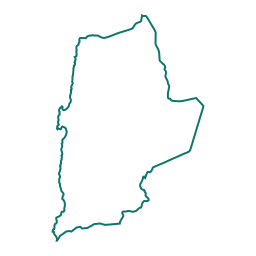 outline of Antofagasta
{"feature_id": "CHL-2695", "entity_name": "Antofagasta", "entity_type": "Region", "adm_level": 1, "iso_a3": "CHL", "parent_name": "Chile", "parent_adm1": "", "projection": "mercator", "projection_center": [-69.6, -23.478], "detail": "fine", "context": "isolated", "style": "outline", "palette": "teal", "viewbox_px": 256, "rotation_deg": 0, "n_neighbors": 0, "source": "natural_earth", "source_scale": "10m", "svg_char_len": 5241}
<svg xmlns="http://www.w3.org/2000/svg" viewBox="0 0 256 256"><path d="M142.0,15.4L142.9,15.9L143.4,16.0L145.1,15.9L146.0,16.1L146.7,16.8L155.1,30.8L155.7,32.8L155.5,43.3L155.8,44.8L158.3,49.5L159.2,52.8L159.6,60.0L159.8,60.6L160.2,61.2L161.1,62.0L163.1,64.0L163.9,64.5L164.6,65.5L165.1,66.5L165.2,67.5L165.1,67.9L164.6,68.6L164.5,69.0L164.6,69.5L165.7,71.1L166.1,72.2L166.1,73.0L165.4,75.7L165.5,76.6L165.7,77.5L167.3,80.4L167.6,81.3L168.0,83.5L169.2,86.0L169.2,86.8L167.9,93.3L167.9,96.7L168.1,97.9L168.5,98.5L170.1,98.8L170.3,98.8L171.1,100.2L171.5,100.5L172.8,100.9L179.0,101.3L181.8,101.1L183.3,100.8L196.1,98.0L203.4,105.9L203.2,107.2L202.5,109.6L199.6,119.0L196.8,128.3L194.0,137.7L193.8,138.2L192.5,142.6L191.1,147.1L190.2,150.0L189.3,151.3L187.3,152.5L185.7,153.1L185.3,153.2L184.5,153.5L183.7,153.9L183.3,154.0L178.3,156.3L173.2,158.5L168.2,160.8L163.1,163.1L161.1,163.9L159.0,164.8L157.0,165.7L155.0,166.5L153.6,167.1L152.9,167.6L152.7,167.9L152.3,169.2L150.8,171.6L150.3,172.1L149.5,172.2L148.8,171.9L148.1,171.8L147.4,172.2L145.8,175.7L145.5,177.1L145.2,178.0L144.8,177.7L144.0,176.6L143.4,176.7L143.1,177.2L142.9,177.8L142.9,178.5L142.4,180.0L140.3,184.2L140.1,185.2L140.1,186.0L141.0,188.3L141.2,188.6L141.6,189.0L142.6,189.6L142.9,189.8L143.7,189.8L144.1,190.0L144.4,190.4L144.7,191.0L144.5,191.5L144.7,191.9L145.1,192.2L145.3,192.4L145.5,192.8L145.7,193.0L145.8,193.3L145.7,193.8L145.5,195.4L146.5,196.8L147.8,198.0L148.6,199.1L148.7,200.0L148.2,200.6L147.3,201.0L146.5,201.1L145.6,201.1L144.9,201.0L144.3,201.0L143.5,201.5L143.4,201.6L142.6,202.7L141.1,207.5L140.2,207.7L139.5,208.0L138.6,208.6L136.5,210.6L135.6,211.1L134.5,211.5L133.0,211.7L131.7,211.6L129.7,211.1L128.8,211.0L127.7,211.1L125.9,211.5L123.0,211.6L122.8,211.7L122.5,212.0L122.3,212.5L122.3,213.1L122.4,213.6L122.6,214.0L123.0,214.5L123.2,215.0L123.3,215.5L123.3,216.0L123.1,216.5L122.1,218.1L120.5,221.0L120.2,221.7L119.9,222.5L119.8,223.6L105.2,224.9L100.0,223.5L94.2,224.1L91.9,225.5L87.3,228.0L82.0,228.5L80.3,226.8L76.6,227.5L71.5,231.5L69.5,231.1L66.4,231.4L60.2,235.8L57.2,240.5L56.8,240.6L57.0,239.8L56.8,238.2L56.3,236.8L55.6,235.8L54.3,234.2L54.0,233.4L53.9,232.2L53.8,231.9L52.9,231.7L52.6,231.7L52.8,230.5L53.2,229.4L54.2,229.2L54.5,227.7L54.4,226.5L54.5,225.5L54.7,224.4L55.3,223.8L56.2,223.5L56.8,222.5L56.7,220.5L56.6,220.1L56.2,219.2L56.2,218.7L56.2,218.2L56.3,217.8L57.3,217.1L57.5,217.0L58.1,216.9L58.8,216.6L60.2,215.6L60.7,215.4L61.0,214.9L61.4,212.5L61.7,211.8L63.2,211.8L63.7,211.6L64.0,211.2L64.1,210.7L64.3,210.4L64.5,209.9L64.4,209.4L64.2,208.7L64.3,208.2L64.7,206.9L64.9,205.0L64.8,203.1L64.3,201.3L63.4,199.8L62.7,199.4L62.4,199.1L62.3,198.8L62.3,198.3L62.5,197.6L62.5,197.2L62.7,196.3L63.2,195.4L63.6,194.5L63.4,193.4L61.4,190.9L61.2,189.9L61.0,188.8L60.3,187.0L60.0,186.0L60.0,184.0L59.9,183.6L59.3,182.8L59.2,182.5L59.2,179.0L60.1,176.9L60.0,176.4L59.8,176.0L59.6,174.9L59.4,174.6L59.1,174.3L58.9,173.9L58.9,173.3L59.1,173.0L59.3,172.7L59.5,172.3L59.8,171.4L60.1,169.9L60.6,168.4L60.3,167.1L60.3,166.9L60.1,166.5L60.0,166.2L60.3,166.0L60.5,165.8L60.6,165.6L60.5,165.1L60.4,164.5L60.7,164.1L61.0,163.6L60.9,163.0L61.0,162.4L60.9,161.6L61.0,160.8L61.7,159.5L61.5,158.9L61.6,158.4L62.0,157.4L61.7,156.5L61.5,155.5L61.9,155.4L62.1,155.1L62.3,154.3L62.2,153.0L61.9,151.7L61.2,149.8L61.5,148.5L62.3,146.1L62.1,145.0L61.8,144.3L61.7,143.7L62.5,142.8L62.3,140.5L62.5,139.8L62.9,139.1L64.2,138.0L64.7,137.3L65.5,136.0L66.1,134.5L66.6,132.9L66.7,131.3L66.2,130.2L65.8,128.4L64.7,127.6L63.7,127.0L62.4,126.5L61.8,127.0L61.4,128.1L61.0,128.6L60.7,129.3L59.8,129.0L59.0,128.8L58.0,128.3L57.4,129.2L57.0,128.6L57.2,126.8L57.6,125.9L57.7,125.5L58.2,125.4L58.6,125.0L58.8,124.5L58.4,123.7L58.1,122.6L58.0,121.6L58.6,120.2L58.4,119.1L58.2,118.2L58.3,117.4L58.2,116.6L58.8,115.2L59.5,114.7L59.7,113.5L59.4,112.7L59.6,111.6L59.0,110.6L59.3,109.4L59.8,108.5L60.8,107.3L61.8,106.5L61.9,106.3L62.0,106.3L62.4,106.6L62.5,107.0L62.5,107.5L62.4,107.9L62.3,108.3L62.5,109.1L62.9,109.6L63.6,110.1L64.3,110.1L65.3,109.7L66.5,108.9L67.4,108.1L68.1,107.2L68.9,106.0L69.2,104.5L69.2,104.2L69.3,103.9L69.5,103.5L70.0,102.9L70.5,102.2L70.7,101.5L70.8,100.8L70.9,100.0L70.6,99.0L70.1,97.9L69.9,96.6L70.3,95.4L70.3,94.8L70.7,93.7L71.1,92.5L70.9,91.2L71.2,90.8L71.1,90.5L70.9,90.1L70.9,89.7L71.1,89.3L71.4,89.3L71.6,89.1L71.7,88.6L71.6,88.1L71.2,87.3L71.2,86.8L71.3,86.4L72.7,83.7L72.8,83.3L72.7,82.9L72.2,82.0L72.5,78.9L72.5,76.3L72.7,75.7L73.0,75.0L73.5,69.1L73.4,68.4L74.0,66.5L73.9,65.6L74.5,65.3L74.8,64.6L75.0,63.8L75.0,63.1L74.4,62.3L74.5,62.1L74.8,61.8L75.3,60.8L75.1,60.4L75.2,60.1L75.5,59.7L75.6,59.0L75.5,58.4L75.3,57.9L74.7,57.0L76.5,56.0L76.6,53.8L76.3,51.5L76.7,50.4L76.5,49.9L76.4,47.4L76.4,46.9L76.9,46.0L77.6,45.4L78.3,44.9L78.6,44.2L78.7,43.4L78.9,42.8L79.0,42.2L79.5,41.9L79.6,41.2L79.5,40.7L79.3,40.2L79.2,39.7L79.6,38.7L80.0,38.1L83.0,37.9L84.2,38.0L85.1,38.2L85.5,38.2L86.0,38.1L87.2,36.4L90.1,35.4L91.4,35.5L91.8,35.5L92.1,35.4L92.6,35.2L93.0,35.2L93.4,35.3L93.8,35.5L98.2,35.6L98.6,35.8L99.0,36.3L102.5,37.8L104.8,37.9L109.1,36.6L118.1,33.1L131.3,29.0L132.2,28.5L133.0,27.7L135.0,24.5L135.6,23.9L136.4,23.3L137.1,22.9L140.4,21.7L140.7,21.5L140.9,21.3L141.4,19.6L142.0,15.4L142.0,15.4Z" fill="none" stroke="#0f766e" stroke-width="2"/></svg>